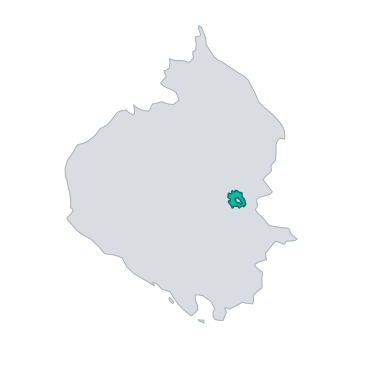 Tboung Khmum, Kâmpóng Cham, Cambodia shown in context, rotated 321°
{"feature_id": "14789045B3565316338498", "entity_name": "Tboung Khmum", "entity_type": "district", "adm_level": 2, "iso_a3": "KHM", "parent_name": "Cambodia", "parent_adm1": "Kâmpóng Cham", "projection": "equal_earth", "projection_center": [105.645, 11.969], "detail": "fine", "context": "in_parent", "style": "filled", "palette": "teal", "viewbox_px": 384, "rotation_deg": 321, "n_neighbors": 0, "source": "geoboundaries", "source_scale": "gbopen_adm2", "svg_char_len": 6390}
<svg xmlns="http://www.w3.org/2000/svg" viewBox="0 0 384 384"><g transform="rotate(321 192 192)"><path d="M302.2,67.0L302.9,70.2L301.1,76.3L299.2,81.7L295.6,86.5L295.4,90.0L294.2,100.6L294.7,103.9L295.5,106.8L296.7,108.3L299.9,118.6L302.8,128.0L305.6,135.7L306.1,140.6L303.6,152.9L300.6,164.2L300.9,169.9L302.2,175.6L303.6,183.1L304.1,192.8L303.4,199.1L302.0,203.0L299.4,207.0L297.1,209.1L294.4,205.6L292.2,205.5L289.3,206.5L287.0,208.1L282.3,214.0L277.1,219.7L269.9,221.2L267.2,225.4L264.2,226.0L258.5,226.2L254.8,227.2L254.9,229.4L254.6,239.5L254.7,241.9L254.1,242.5L251.6,242.8L247.2,241.2L241.3,238.7L237.1,238.3L234.9,242.8L233.7,244.5L232.1,244.7L230.4,245.5L229.8,247.5L229.7,249.9L230.5,254.2L230.8,260.8L230.6,265.4L232.2,268.3L241.2,278.0L243.8,280.4L244.1,281.9L242.6,287.1L244.0,294.6L241.2,294.4L236.4,291.2L234.2,289.3L231.5,290.8L230.5,290.5L228.7,286.9L226.2,283.2L223.7,282.9L218.5,284.4L213.1,285.4L211.1,285.4L210.2,286.1L207.1,291.6L205.8,290.7L200.4,288.6L195.5,287.8L194.4,289.2L195.0,293.7L196.1,298.1L195.5,300.0L192.8,302.3L189.2,306.5L187.0,309.8L185.4,310.6L180.0,310.4L174.5,310.9L172.4,313.9L170.3,316.3L168.5,317.0L161.4,309.4L147.3,306.7L145.8,303.4L144.4,302.7L143.1,307.1L135.4,311.3L132.1,308.7L129.7,305.7L130.1,301.9L132.4,298.9L136.2,296.7L138.0,289.0L135.1,279.2L132.5,276.3L129.8,274.0L127.0,277.7L124.6,283.9L122.0,287.2L118.5,287.9L113.3,287.6L111.3,278.3L110.7,270.3L111.4,261.1L112.2,255.7L107.3,248.2L107.0,241.1L104.6,237.4L103.9,239.3L104.0,241.3L103.3,239.9L95.5,219.0L94.2,209.3L95.6,201.9L96.4,199.4L94.2,195.5L91.0,191.0L85.4,185.2L85.1,176.0L83.8,165.1L82.2,161.5L79.6,154.8L78.3,149.3L77.9,134.6L78.6,133.4L82.6,133.0L87.7,132.0L88.5,129.6L87.6,127.7L90.9,124.3L95.6,117.1L99.3,109.5L101.9,104.7L103.5,100.0L108.7,93.3L116.0,88.6L120.9,87.5L126.1,85.9L131.0,83.7L133.3,83.5L139.4,86.2L142.7,86.9L146.2,86.9L149.8,87.1L152.9,86.9L160.4,85.0L168.3,86.5L175.4,85.3L184.1,83.1L188.4,84.5L192.3,86.7L192.9,91.1L193.8,93.1L195.1,94.7L196.8,94.7L199.1,91.6L200.9,88.4L201.6,87.8L201.7,89.4L202.6,92.9L204.2,96.3L205.9,98.5L208.7,101.5L210.6,101.7L216.6,98.8L225.5,103.0L226.6,105.1L229.5,109.3L232.7,112.3L239.7,112.5L242.2,105.1L240.9,100.5L236.9,92.7L235.9,88.0L237.1,87.2L243.9,86.3L245.0,85.4L246.5,80.3L248.3,80.9L252.1,81.5L256.0,78.0L258.4,74.4L259.7,76.0L261.1,78.6L262.6,80.1L265.4,82.3L268.6,85.4L270.5,88.5L272.1,89.6L276.1,88.8L277.2,88.9L279.5,85.2L281.2,83.2L282.6,83.8L284.6,83.7L288.8,79.0L291.2,74.7L292.5,73.6L296.2,75.7L297.7,75.3L299.9,69.3L302.2,67.0ZM108.7,265.9L108.0,266.5L107.2,266.5L106.5,265.6L106.6,262.3L107.1,260.2L108.4,259.8L108.7,265.9ZM120.5,299.0L118.9,301.3L116.3,296.6L116.4,295.3L120.5,299.0Z" fill="#d9dde1" stroke="#a8b0b8" stroke-width="1"/><path d="M213.9,225.2L213.9,226.3L213.9,227.0L213.9,227.4L213.7,228.0L213.6,228.5L213.4,229.0L213.2,229.2L213.2,229.3L213.4,229.5L213.5,229.7L213.6,229.8L213.7,230.0L213.8,230.1L214.0,230.2L214.3,230.0L214.3,229.9L214.5,229.7L214.8,229.5L214.9,229.4L215.1,229.3L215.2,229.2L215.4,229.2L215.5,229.2L215.6,229.3L215.8,229.5L216.0,229.9L216.1,230.0L216.3,230.0L216.7,230.2L216.9,230.2L217.0,230.4L217.2,230.5L217.4,230.7L217.8,231.3L218.3,231.3L218.2,231.7L218.3,231.8L218.5,231.8L218.6,232.0L218.6,232.3L218.6,232.5L218.6,232.9L218.6,233.0L218.6,233.4L218.6,233.5L218.7,233.8L218.6,234.0L218.8,234.2L219.0,234.1L219.4,233.9L219.5,233.9L219.9,233.9L220.2,234.0L220.4,234.1L220.6,234.2L220.9,234.2L221.0,234.2L221.3,234.1L221.5,234.1L221.8,234.1L222.0,234.2L222.1,234.3L222.3,234.4L222.3,234.5L222.5,234.7L222.6,234.8L222.7,235.3L222.9,236.0L223.5,236.0L223.5,235.9L223.9,235.9L224.0,235.9L224.0,235.6L224.3,235.7L224.8,235.7L224.9,235.8L225.0,235.8L225.2,235.7L225.3,235.5L225.7,235.5L225.8,235.4L226.0,235.2L226.3,234.9L226.5,234.7L226.5,234.3L226.5,233.9L226.6,233.5L226.7,233.4L226.8,233.4L227.1,232.8L227.3,232.4L227.5,232.2L227.8,232.0L227.8,231.6L227.9,230.9L227.9,230.7L228.0,230.5L228.2,230.4L228.3,230.3L228.3,230.2L228.1,229.3L227.8,227.9L227.7,227.8L227.7,227.6L227.8,227.4L227.9,227.2L228.1,227.0L228.6,226.3L229.3,225.5L230.2,224.5L230.1,224.3L230.0,224.1L229.9,223.9L229.8,223.7L229.7,223.3L229.6,223.1L229.4,223.0L229.0,222.9L228.9,222.8L228.9,222.7L228.7,222.6L228.7,222.4L228.6,222.1L228.5,221.8L228.5,221.7L228.4,221.4L228.2,220.7L228.2,220.4L228.1,220.2L227.9,220.0L227.9,219.9L227.9,219.7L227.8,219.4L227.6,219.4L227.7,219.0L227.4,219.0L227.2,219.0L226.8,218.5L226.7,218.4L226.6,218.2L226.4,218.0L226.2,218.3L226.2,218.5L226.1,218.8L226.1,219.0L225.9,219.0L225.7,218.9L225.3,218.9L225.2,218.7L224.9,218.4L224.8,218.2L224.5,217.9L224.3,217.7L224.2,217.5L224.1,217.4L224.1,216.4L223.2,216.4L223.0,217.0L222.5,217.6L222.2,217.8L222.0,218.0L221.8,218.1L221.4,218.0L221.2,218.0L221.1,217.9L220.9,217.7L220.6,217.5L220.5,217.4L220.6,217.2L220.4,216.9L220.4,216.7L220.2,216.5L220.1,216.4L220.0,216.2L219.9,216.2L219.7,216.1L219.5,216.3L219.4,216.2L219.2,216.4L219.1,216.5L219.0,216.9L218.9,217.0L218.7,217.0L218.6,216.9L218.4,216.9L218.4,217.0L218.3,217.3L218.3,217.7L218.2,217.8L217.9,217.8L217.7,217.9L217.7,218.0L217.6,218.3L217.6,218.2L217.4,218.2L217.2,218.2L217.1,218.3L216.9,218.3L216.7,218.3L216.6,218.5L216.6,218.8L216.7,219.0L216.7,219.3L216.8,219.4L216.8,219.6L216.9,219.8L217.0,220.0L217.1,220.3L217.2,220.6L217.3,220.8L217.3,221.0L217.2,221.3L217.1,221.7L217.0,221.9L216.8,222.3L216.5,222.4L216.3,222.4L216.2,222.5L216.2,222.4L215.9,222.4L215.3,222.4L215.2,222.4L214.8,222.8L214.7,222.8L214.6,222.2L214.4,222.4L214.3,222.5L214.2,222.8L214.1,223.0L214.0,223.5L213.9,223.7L213.9,223.9L214.0,224.0L213.9,224.1L213.9,224.4L213.9,224.9L213.9,225.2ZM224.0,225.0L224.0,226.6L224.0,226.8L224.0,227.0L224.1,227.3L224.2,227.5L224.3,227.7L224.6,227.8L224.6,228.2L224.8,228.6L224.7,228.7L224.4,229.3L224.0,229.4L223.8,229.6L223.9,229.8L224.0,230.1L224.2,230.6L224.3,230.7L224.3,230.8L224.3,231.0L224.2,231.3L224.2,231.5L224.1,231.8L224.0,232.0L223.9,232.0L223.7,232.2L223.6,232.3L223.3,232.2L223.2,232.1L222.9,232.1L222.7,232.2L222.3,232.1L222.3,231.7L222.3,231.2L222.0,231.2L222.0,230.9L222.0,230.7L222.0,230.4L221.9,230.2L221.7,230.1L221.5,229.9L221.4,229.9L221.3,229.7L221.2,229.6L221.2,229.3L221.1,229.2L220.9,229.0L220.7,228.9L220.4,228.9L220.3,229.0L220.2,229.1L220.1,228.9L220.1,228.7L220.4,228.5L220.4,228.0L220.4,226.0L220.7,226.0L220.7,224.4L221.7,224.4L221.7,224.9L224.0,225.0Z" fill="#14b8a6" stroke="#0f766e" stroke-width="1.5"/></g></svg>